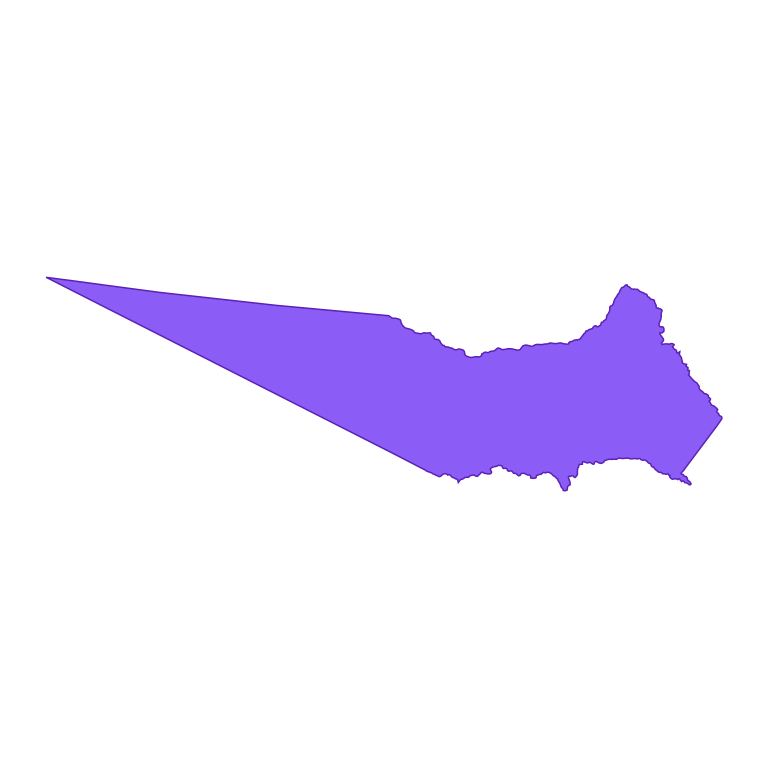 Maara, Eastern, Kenya (Albers equal-area conic projection)
{"feature_id": "3690345B56364567140536", "entity_name": "Maara", "entity_type": "district", "adm_level": 2, "iso_a3": "KEN", "parent_name": "Kenya", "parent_adm1": "Eastern", "projection": "albers", "projection_center": [37.725, -0.234], "detail": "fine", "context": "isolated", "style": "filled", "palette": "violet", "viewbox_px": 768, "rotation_deg": 0, "n_neighbors": 0, "source": "geoboundaries", "source_scale": "gbopen_adm2", "svg_char_len": 6131}
<svg xmlns="http://www.w3.org/2000/svg" viewBox="0 0 768 768"><path d="M659.2,325.2L659.0,323.7L659.4,322.6L660.2,320.9L660.8,319.3L661.3,316.2L661.1,313.3L661.7,312.0L662.1,310.5L661.5,309.6L660.5,308.9L659.3,308.8L658.4,308.0L656.9,308.1L656.0,306.9L656.2,305.5L654.9,302.8L654.5,301.7L654.4,300.7L653.9,299.9L650.1,298.9L649.5,297.5L648.1,297.0L647.5,296.2L647.1,295.0L646.4,294.1L644.9,293.9L643.7,292.9L640.0,291.5L637.5,289.3L635.7,289.4L634.5,289.0L633.1,289.2L631.6,289.0L629.2,286.9L627.7,286.3L627.1,284.9L626.0,284.9L625.2,285.4L623.5,287.1L621.7,287.7L619.8,290.8L619.6,291.8L618.9,293.2L617.7,294.5L616.7,296.4L614.8,299.1L613.8,301.8L613.3,303.7L612.6,304.8L611.9,305.6L610.8,305.9L609.8,306.9L609.8,309.9L609.5,310.9L609.0,312.4L608.2,313.7L607.2,314.9L606.6,316.3L606.5,317.8L606.1,319.3L603.8,320.8L602.8,322.1L601.4,322.4L601.0,323.6L600.7,325.0L599.3,325.8L598.4,326.6L597.3,326.8L595.8,325.7L594.5,326.0L593.4,326.9L592.3,328.6L589.0,329.6L588.0,330.5L586.7,330.7L585.7,331.4L585.3,332.7L584.0,333.7L580.1,338.9L578.7,339.6L574.9,340.0L573.8,340.4L572.2,341.3L569.7,341.9L568.9,342.6L568.9,343.6L568.0,344.1L566.0,344.1L563.1,343.6L561.7,343.2L560.3,342.9L558.8,343.1L556.8,343.6L553.2,343.5L551.7,343.1L549.9,343.0L547.6,343.9L544.2,344.1L543.0,344.4L541.9,344.6L536.8,344.4L535.2,344.8L532.4,346.3L531.3,346.4L530.1,345.9L526.5,345.1L525.3,345.1L523.0,345.8L521.8,347.2L520.2,349.5L518.7,350.1L517.1,350.1L512.6,349.0L511.4,348.8L509.4,348.7L508.1,348.7L504.9,349.4L502.9,349.6L501.9,349.5L501.0,349.0L499.7,348.4L498.0,348.0L496.6,348.8L495.2,350.2L494.0,350.8L492.7,351.2L490.6,351.3L489.6,351.8L488.3,352.6L487.1,352.5L486.1,352.2L484.9,352.2L483.7,352.8L482.8,353.5L481.7,354.0L481.7,355.1L481.0,356.0L480.3,356.6L478.9,356.9L477.5,356.9L476.2,356.6L474.5,356.9L473.3,357.2L471.0,357.5L469.1,357.1L466.3,356.1L465.1,355.0L464.7,353.4L464.4,351.8L463.9,350.8L462.7,349.8L459.8,349.1L458.2,349.1L457.1,349.6L455.6,349.9L454.0,349.4L452.0,348.1L450.1,347.8L447.9,346.9L446.6,347.0L444.9,346.7L444.2,345.5L442.7,345.3L440.6,342.8L440.2,341.7L439.5,340.5L438.1,339.6L437.0,339.4L435.3,339.3L434.3,338.7L434.0,337.2L433.2,336.0L431.8,335.4L430.9,334.3L430.6,333.0L429.0,332.8L426.9,333.1L424.2,332.8L422.7,333.1L420.6,333.9L418.8,333.4L415.6,332.9L414.5,332.4L413.6,331.1L412.7,330.3L409.8,329.1L405.3,328.0L404.1,327.0L402.1,324.9L401.8,324.0L401.0,322.4L400.7,320.7L400.2,319.8L398.8,319.1L395.2,318.2L393.0,318.3L391.8,317.8L388.7,315.7L276.6,305.4L159.6,292.4L46.1,277.3L396.7,455.3L425.3,470.1L426.6,471.1L429.3,472.1L430.3,472.4L431.7,473.0L433.2,474.0L434.4,474.3L436.2,475.4L437.6,475.7L438.7,476.6L440.0,476.6L441.1,475.9L443.1,474.1L445.1,473.7L446.6,473.9L447.8,475.1L449.0,474.5L450.1,475.1L452.0,477.1L453.2,477.7L454.5,478.0L455.3,478.8L456.6,479.0L457.7,480.0L458.3,482.5L459.8,480.5L460.9,479.4L462.6,479.1L465.1,477.4L468.4,477.3L469.4,476.6L470.0,475.7L472.6,475.1L473.9,475.1L475.9,476.1L477.4,476.4L481.7,472.2L483.1,472.4L484.3,473.4L485.7,473.4L487.0,473.8L488.6,474.0L490.6,473.7L491.5,472.6L491.4,471.3L490.8,470.5L490.2,469.2L491.1,468.1L492.9,467.0L496.9,466.2L498.5,465.3L501.0,465.6L502.0,466.0L502.6,467.5L503.3,468.5L505.1,468.3L506.4,468.5L507.2,469.2L507.4,470.2L508.3,471.2L511.5,470.9L512.6,472.0L513.5,473.2L515.1,473.5L516.1,473.5L517.8,475.2L518.6,475.8L520.0,475.5L520.7,474.1L522.0,473.3L523.8,473.3L524.8,473.6L527.3,474.9L529.0,475.0L530.2,475.5L530.7,476.4L530.7,478.0L532.0,478.3L534.4,478.3L535.9,477.9L536.6,475.6L538.7,474.7L541.2,474.2L542.6,473.0L543.7,472.3L545.2,472.9L546.5,472.4L547.5,472.3L548.9,472.3L550.4,473.1L551.7,474.0L553.3,475.7L555.8,477.2L556.5,478.5L557.8,479.0L558.0,480.5L559.6,482.9L560.3,484.5L560.8,486.0L561.5,487.5L562.8,488.6L563.2,490.4L564.5,490.7L565.6,490.7L567.1,490.1L567.5,487.7L567.6,486.5L568.7,485.5L570.1,484.8L570.2,483.7L569.8,481.3L568.7,478.5L568.3,477.0L568.9,476.2L570.4,476.5L571.2,475.9L572.3,475.8L573.5,476.1L574.1,477.2L575.1,477.5L576.1,476.5L577.2,474.9L577.5,473.5L577.3,472.3L577.7,468.2L578.6,466.9L578.8,465.3L579.7,464.4L582.4,464.2L582.4,463.3L582.7,461.8L584.1,461.7L585.2,462.3L587.5,463.0L588.6,462.7L589.9,462.2L592.7,464.1L594.0,464.1L594.4,462.8L595.2,461.6L596.5,461.5L597.8,462.3L599.0,462.9L600.2,463.3L601.5,463.3L603.5,462.4L604.1,461.4L605.1,460.4L609.7,459.1L610.9,459.4L614.1,459.2L616.7,459.3L617.7,458.5L619.0,458.1L621.4,458.3L622.5,458.6L624.7,458.3L627.9,458.1L629.2,458.4L630.4,458.9L635.7,458.5L637.0,459.0L638.8,458.6L640.0,458.5L640.8,459.5L642.0,460.1L643.3,460.3L644.4,459.8L645.9,460.6L647.2,461.5L648.3,462.9L650.8,464.0L651.3,465.9L652.4,467.0L653.7,467.2L654.9,469.1L658.3,471.9L659.2,472.3L661.5,472.5L662.5,473.7L664.8,473.9L666.0,474.3L667.9,473.8L668.7,475.1L669.9,475.4L669.7,477.0L670.6,478.0L671.4,478.8L672.4,479.2L676.2,478.7L677.7,479.6L678.6,479.0L679.6,478.8L680.4,480.3L681.8,481.6L682.8,480.9L684.2,481.5L684.7,482.6L686.1,482.8L687.3,483.3L688.5,484.1L689.4,484.9L690.5,484.6L691.1,483.8L690.6,482.9L689.8,481.8L687.7,480.1L687.0,477.7L686.3,476.6L684.1,476.2L683.3,474.6L681.8,474.3L681.1,473.7L681.5,472.6L682.8,471.4L716.9,425.9L721.6,419.2L721.9,417.9L721.6,416.7L719.0,415.3L718.8,413.9L716.7,411.8L716.9,410.8L717.7,409.8L717.0,408.6L714.2,406.2L712.0,405.3L710.9,404.3L710.4,402.8L709.1,401.2L710.2,400.2L710.5,398.9L709.6,397.9L708.5,397.4L708.5,396.4L708.2,395.3L707.3,394.6L706.2,393.9L704.5,393.7L702.3,391.4L700.6,390.4L699.2,388.7L699.1,386.6L698.8,385.7L697.9,384.6L697.2,383.3L694.5,381.4L691.9,378.8L689.6,376.1L688.6,375.3L689.2,374.3L689.1,371.9L689.5,370.8L688.6,370.3L687.6,370.0L687.9,368.9L688.0,367.6L685.9,366.1L686.6,364.4L683.6,363.7L682.6,363.1L681.5,358.1L680.9,356.7L679.4,354.8L679.8,351.7L677.7,353.1L676.7,352.7L676.6,350.7L675.9,349.9L674.4,349.3L672.4,346.7L673.5,345.8L674.2,344.8L673.3,344.0L672.0,343.6L670.5,343.6L669.2,344.4L667.9,343.9L665.8,343.9L663.2,344.1L662.2,344.5L661.4,343.4L662.2,342.1L663.2,341.0L663.6,340.0L663.1,338.5L660.1,334.4L659.8,333.0L662.1,332.9L663.8,331.5L664.0,329.8L663.8,328.4L663.4,327.3L662.3,326.8L660.8,326.9L659.7,326.5L659.2,325.2Z" fill="#8b5cf6" stroke="#5b21b6" stroke-width="1.5"/></svg>